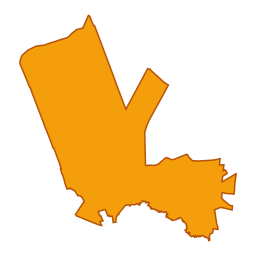 Meppel, Drenthe, Netherlands
{"feature_id": "6326949B80809359603041", "entity_name": "Meppel", "entity_type": "district", "adm_level": 2, "iso_a3": "NLD", "parent_name": "Netherlands", "parent_adm1": "Drenthe", "projection": "albers", "projection_center": [6.225, 52.721], "detail": "fine", "context": "isolated", "style": "filled", "palette": "amber", "viewbox_px": 256, "rotation_deg": 0, "n_neighbors": 0, "source": "geoboundaries", "source_scale": "gbopen_adm2", "svg_char_len": 5760}
<svg xmlns="http://www.w3.org/2000/svg" viewBox="0 0 256 256"><path d="M208.7,240.6L209.8,240.1L209.7,239.3L209.4,236.9L209.4,236.6L209.6,235.9L209.9,234.2L210.3,233.8L212.0,233.2L212.6,232.9L212.7,232.4L213.3,228.7L217.8,229.5L218.0,228.3L217.8,227.4L217.7,227.4L217.6,226.7L216.6,223.4L215.2,213.3L214.9,211.8L214.3,210.1L215.0,209.9L215.0,209.7L216.7,208.9L216.9,209.0L219.1,207.9L220.2,207.6L221.2,207.5L222.8,207.9L222.9,207.7L232.0,210.0L232.5,205.9L231.3,205.7L229.6,205.2L223.6,200.3L222.5,199.1L221.6,198.3L222.1,193.0L222.2,192.8L222.4,192.8L224.3,193.0L224.6,193.2L226.5,193.5L230.3,193.8L230.5,193.7L233.8,194.1L234.0,194.1L234.7,188.1L234.7,187.8L234.5,187.3L234.9,183.9L234.9,183.5L235.8,175.9L236.0,175.6L236.2,173.9L236.1,173.7L222.5,181.7L222.0,181.7L222.3,178.9L222.7,176.3L223.1,175.9L227.0,173.7L226.8,173.3L227.0,172.8L226.5,171.6L224.8,169.7L223.2,170.7L223.9,164.8L219.4,165.0L220.1,158.7L215.0,159.8L212.7,160.1L212.2,160.1L210.2,160.3L196.7,161.1L195.8,160.8L192.5,160.7L192.3,160.6L188.5,156.8L188.3,156.4L187.6,154.7L187.2,154.4L186.5,154.6L186.4,154.4L185.9,154.6L173.9,159.4L172.8,159.6L171.8,159.6L171.0,159.5L167.8,157.9L166.7,157.7L165.8,157.8L164.8,158.4L159.1,163.5L157.7,164.4L156.0,165.1L153.8,165.4L148.8,165.2L147.7,165.4L146.7,165.7L145.5,165.2L145.1,148.4L144.7,132.1L145.0,131.8L145.4,130.2L145.6,129.3L146.6,126.7L146.4,126.3L149.0,120.5L153.0,113.2L154.0,111.2L154.8,109.9L156.5,106.8L157.6,104.9L160.2,100.1L160.6,99.5L168.4,85.0L166.2,83.7L164.7,82.7L164.6,82.8L151.0,70.5L150.6,69.9L150.4,69.3L149.9,69.6L147.7,68.5L127.2,106.8L127.3,106.8L127.1,106.9L126.0,109.2L125.5,108.3L123.6,103.4L116.5,84.6L113.7,76.7L102.8,47.6L94.5,25.6L93.7,25.7L91.4,20.7L90.8,19.3L90.4,17.5L89.9,16.8L89.3,15.8L88.4,15.4L82.8,28.1L76.8,29.5L72.3,33.0L71.2,33.9L69.9,35.5L67.7,37.4L62.6,39.1L60.5,39.6L60.0,40.0L59.4,40.0L57.3,40.7L56.5,41.1L50.1,43.0L44.0,45.2L42.9,45.4L40.5,45.5L39.3,45.8L36.5,46.0L36.0,46.2L28.0,50.1L22.0,55.4L21.6,56.2L20.5,59.4L19.9,62.5L19.8,62.8L20.2,64.0L20.3,64.3L20.2,64.4L26.8,80.2L29.1,86.1L29.9,87.6L30.1,87.5L30.3,87.8L31.3,89.9L31.6,90.4L31.2,90.7L43.8,123.5L43.7,123.6L45.9,129.2L46.8,131.5L46.9,131.4L47.9,134.1L49.3,137.6L51.7,144.1L53.0,147.8L53.6,147.6L56.6,155.6L60.4,165.8L60.1,165.9L61.2,168.5L60.4,169.0L61.6,172.3L61.6,173.0L61.6,173.4L62.0,174.1L62.4,174.5L63.4,177.2L65.3,184.4L67.1,189.2L70.0,188.1L70.2,188.8L70.8,188.7L71.3,188.9L74.4,190.7L75.3,191.5L77.9,195.8L79.8,195.7L82.2,197.4L84.1,201.7L82.3,204.1L76.3,213.3L75.4,214.7L76.3,215.2L76.6,215.9L82.7,218.3L83.0,218.6L97.4,224.3L99.8,225.1L101.6,225.5L100.0,221.6L103.0,220.9L100.9,215.9L100.1,216.1L98.2,211.5L105.2,209.5L107.7,215.7L108.1,215.6L108.1,215.9L109.5,215.5L109.7,216.5L112.4,216.3L113.2,222.6L116.0,222.1L115.9,220.4L116.0,219.2L116.2,218.2L116.6,216.6L117.1,215.8L118.1,214.3L118.8,214.4L118.6,213.6L118.9,213.1L119.2,212.9L125.7,205.0L126.3,205.2L127.3,205.0L128.5,204.8L128.8,205.0L129.5,205.8L130.0,206.0L130.4,205.6L130.6,205.0L131.8,204.5L132.4,204.5L133.8,204.7L134.7,204.7L135.8,204.4L136.7,203.7L137.1,203.8L138.1,204.4L139.8,205.0L140.0,204.8L139.9,204.5L139.2,203.8L139.2,203.6L140.0,202.9L140.6,203.2L141.4,202.8L141.5,202.5L141.8,201.4L142.2,201.2L143.0,201.0L143.6,201.3L143.7,201.5L143.7,201.8L144.1,201.8L144.9,201.6L145.2,201.2L145.6,201.4L146.2,202.2L146.2,202.5L146.1,203.0L146.7,202.9L147.4,202.1L147.8,202.2L149.3,202.7L149.3,202.9L149.3,203.0L148.8,204.0L148.3,204.2L148.3,204.6L148.3,205.2L147.9,205.4L147.8,205.6L149.1,206.0L149.5,206.3L149.8,206.8L150.3,207.2L151.0,207.3L150.7,208.0L150.8,208.8L151.4,209.0L151.5,208.5L151.7,208.3L152.3,208.5L152.8,208.8L153.2,209.3L154.1,209.0L155.2,209.5L155.9,209.7L156.0,209.8L156.1,210.6L156.3,210.6L156.8,210.1L157.5,210.6L158.2,210.9L158.4,211.3L158.2,211.7L158.2,211.8L158.4,212.1L158.8,212.2L159.1,212.1L159.6,211.2L159.9,211.6L160.2,212.1L160.3,212.2L160.6,211.9L160.9,211.3L161.5,211.7L162.0,211.4L163.5,212.4L164.7,212.3L165.0,212.2L165.3,211.8L165.9,211.7L166.1,211.8L166.5,212.4L166.6,213.7L166.7,213.9L167.0,214.1L167.4,214.0L167.6,214.1L167.8,214.4L167.8,214.6L167.3,214.9L166.3,215.2L166.1,216.4L166.2,216.8L166.6,216.8L167.0,216.7L167.0,217.2L166.9,217.4L167.1,217.6L167.9,217.3L168.4,217.9L169.1,218.5L169.9,218.9L171.3,219.1L171.4,219.5L171.4,219.9L171.7,220.2L173.0,220.5L173.6,220.2L174.2,219.8L176.2,219.8L176.4,219.7L177.1,218.8L177.5,218.5L177.8,218.4L178.7,218.8L179.1,218.0L179.2,217.8L180.1,217.5L180.4,217.7L181.6,218.8L181.8,219.1L181.9,219.6L182.4,220.0L182.5,220.1L182.4,220.9L182.5,221.0L183.2,220.6L183.5,221.2L183.6,221.6L183.5,221.8L183.5,222.0L183.8,222.1L184.3,221.9L184.5,222.0L184.9,222.7L185.4,223.1L185.7,223.8L186.4,224.3L186.4,224.5L186.3,225.0L186.4,226.0L187.0,227.3L187.2,228.1L186.6,228.3L186.3,229.3L185.9,229.6L185.5,229.6L185.0,230.2L185.0,230.3L185.1,230.5L185.9,230.6L186.2,230.9L186.2,232.1L186.7,232.5L187.4,232.6L187.5,232.9L187.4,233.2L187.5,233.4L188.2,233.3L188.4,233.1L188.4,232.8L189.0,232.9L189.0,232.6L189.1,232.3L189.3,232.3L189.6,232.6L189.8,233.0L189.7,233.4L189.5,233.6L188.9,233.9L188.9,234.1L189.4,235.0L190.0,235.4L191.1,236.6L191.6,236.3L192.3,236.3L192.7,236.1L193.3,236.3L193.7,235.9L193.9,235.9L194.2,236.1L194.4,236.9L194.5,237.2L194.8,237.1L194.9,236.3L195.0,236.1L195.1,236.4L195.2,236.8L195.3,236.9L195.8,236.5L196.0,236.7L196.1,237.1L196.3,237.1L196.4,236.7L196.7,236.4L197.8,236.4L198.0,235.9L198.1,235.6L198.4,235.5L198.6,235.7L199.0,236.3L199.0,236.7L200.1,236.5L200.8,236.6L201.0,236.4L201.3,235.6L202.2,235.3L202.9,235.9L203.2,236.1L203.8,236.1L204.4,236.9L204.5,237.0L204.9,237.0L205.5,236.7L205.7,236.8L205.9,237.3L206.1,237.5L207.5,237.9L207.9,237.8L208.6,238.1L208.7,238.4L208.4,239.0L208.3,239.7L208.7,240.6Z" fill="#f59e0b" stroke="#b45309" stroke-width="1.5"/></svg>